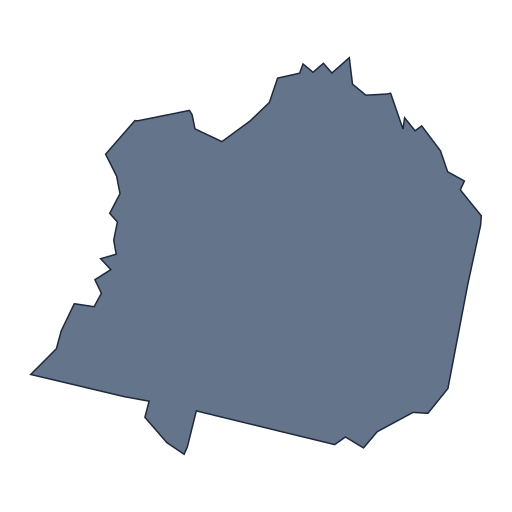 the district of Franklin, Virginia, United States of America
{"feature_id": "52423323B83651152467254", "entity_name": "Franklin", "entity_type": "district", "adm_level": 2, "iso_a3": "USA", "parent_name": "United States of America", "parent_adm1": "Virginia", "projection": "mercator", "projection_center": [-79.913, 37.007], "detail": "fine", "context": "isolated", "style": "filled", "palette": "slate", "viewbox_px": 512, "rotation_deg": 0, "n_neighbors": 0, "source": "geoboundaries", "source_scale": "gbopen_adm2", "svg_char_len": 859}
<svg xmlns="http://www.w3.org/2000/svg" viewBox="0 0 512 512"><path d="M105.6,154.2L116.6,176.1L120.0,193.7L109.7,213.4L117.4,222.0L113.7,240.2L116.2,254.2L100.6,258.7L110.8,269.6L94.9,279.7L101.4,293.3L94.1,306.7L74.3,303.7L61.2,330.9L56.4,348.7L30.7,374.5L124.4,396.7L149.1,401.2L144.9,417.3L166.8,442.6L184.1,454.3L187.4,446.8L196.3,410.9L242.6,422.2L334.7,444.6L345.4,437.0L363.5,447.9L377.2,431.7L413.0,412.4L427.9,413.3L447.9,388.5L467.8,284.2L480.6,225.2L481.3,215.8L460.3,189.9L464.4,181.0L447.6,171.7L440.5,150.9L421.7,125.9L415.1,130.8L404.6,117.8L403.0,129.1L390.6,93.2L387.3,94.0L365.8,95.2L352.5,84.1L349.3,57.7L331.9,73.0L323.4,63.3L313.0,72.3L303.0,64.0L299.6,73.2L277.6,78.1L269.4,102.4L250.2,120.9L221.9,141.6L195.0,128.9L192.1,114.7L189.4,110.4L137.8,120.8L134.9,120.6L105.6,154.2Z" fill="#64748b" stroke="#1e293b" stroke-width="1.5"/></svg>